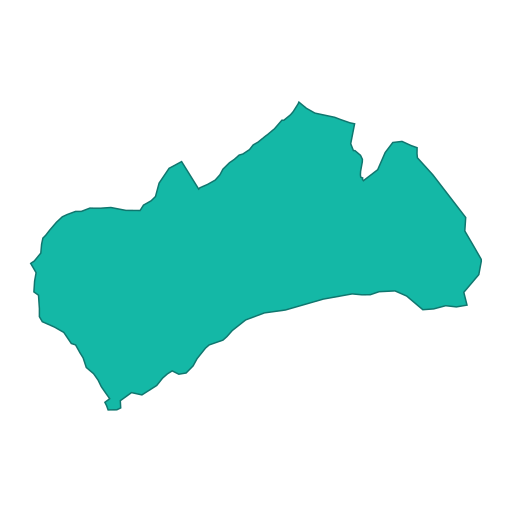 Lamurde, Adamawa, Nigeria (Natural Earth projection)
{"feature_id": "59680162B57364751970918", "entity_name": "Lamurde", "entity_type": "district", "adm_level": 2, "iso_a3": "NGA", "parent_name": "Nigeria", "parent_adm1": "Adamawa", "projection": "natural_earth1", "projection_center": [11.67, 9.557], "detail": "fine", "context": "isolated", "style": "filled", "palette": "teal", "viewbox_px": 512, "rotation_deg": 0, "n_neighbors": 0, "source": "geoboundaries", "source_scale": "gbopen_adm2", "svg_char_len": 1853}
<svg xmlns="http://www.w3.org/2000/svg" viewBox="0 0 512 512"><path d="M108.1,409.9L116.8,409.8L120.7,407.9L120.3,400.7L131.5,392.6L141.9,394.9L156.7,385.5L162.6,378.1L167.5,373.8L172.2,370.9L178.8,374.2L186.1,373.0L193.1,365.9L197.1,358.6L205.5,348.1L209.2,344.9L223.0,340.1L226.9,336.6L232.3,330.5L245.7,319.9L264.4,312.9L285.4,310.0L308.7,303.3L323.2,299.1L352.2,293.9L362.0,294.8L370.3,294.7L379.1,291.7L395.0,290.9L406.6,296.0L422.8,309.7L433.7,308.9L445.7,305.7L456.4,306.9L467.0,305.1L463.8,292.3L478.8,274.6L481.3,261.2L481.2,259.3L473.0,245.0L464.8,231.0L465.7,217.5L432.9,174.9L417.4,157.8L417.0,153.6L417.1,147.7L411.5,145.7L410.3,145.2L402.0,141.4L392.8,142.5L385.2,152.5L377.7,169.7L363.4,180.7L362.4,179.1L362.7,178.0L360.7,177.1L360.4,174.8L360.6,171.2L362.3,161.9L362.4,159.3L360.5,155.3L354.9,150.6L353.4,150.6L350.7,143.7L354.6,123.8L349.9,122.8L340.4,119.5L334.7,117.3L314.9,113.1L306.4,108.3L298.9,102.1L298.1,103.9L293.3,111.5L292.4,112.6L290.5,114.8L283.8,120.3L281.9,120.2L278.1,124.6L274.3,129.0L272.5,130.4L267.7,134.5L266.0,135.7L262.0,138.9L258.1,142.1L253.2,144.9L251.7,146.8L249.5,149.6L242.9,154.0L239.1,155.1L234.3,159.4L229.5,162.7L222.9,169.2L220.0,174.7L215.2,180.1L207.6,184.4L200.0,187.7L198.7,189.1L181.6,161.6L169.1,168.3L159.1,183.1L155.5,196.5L151.1,200.8L143.5,205.1L140.1,210.5L125.9,210.4L110.9,207.5L102.0,208.1L101.2,208.2L93.6,208.2L89.9,208.1L81.3,211.4L75.6,211.4L67.0,214.6L62.3,216.8L56.5,222.2L49.9,229.9L45.7,235.3L42.9,238.1L41.6,244.2L40.8,253.1L34.3,261.0L30.7,263.4L36.1,272.7L34.6,281.1L33.9,291.9L38.5,295.2L39.4,308.6L39.4,316.7L42.3,321.7L54.5,327.1L63.8,332.4L71.3,343.5L75.6,344.9L80.1,353.0L83.1,357.8L83.9,360.2L86.3,367.5L93.6,373.7L98.1,380.1L101.2,386.5L102.4,388.3L105.6,392.9L109.7,398.7L104.9,402.3L106.6,405.7L108.1,409.9Z" fill="#14b8a6" stroke="#0f766e" stroke-width="1.5"/></svg>